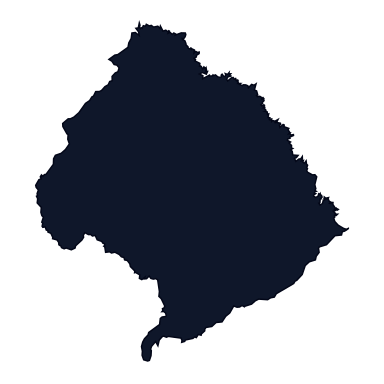 Sao Miguel Arcanjo, São Miguel, Cabo Verde
{"feature_id": "66160863B69203973191500", "entity_name": "Sao Miguel Arcanjo", "entity_type": "district", "adm_level": 2, "iso_a3": "CPV", "parent_name": "Cabo Verde", "parent_adm1": "São Miguel", "projection": "albers", "projection_center": [-23.626, 15.191], "detail": "fine", "context": "isolated", "style": "filled", "palette": "ink", "viewbox_px": 384, "rotation_deg": 0, "n_neighbors": 0, "source": "geoboundaries", "source_scale": "gbopen_adm2", "svg_char_len": 5897}
<svg xmlns="http://www.w3.org/2000/svg" viewBox="0 0 384 384"><path d="M245.0,307.1L244.3,306.4L251.6,304.1L255.3,300.8L258.7,299.1L267.6,299.7L270.6,297.8L274.3,297.1L276.3,293.7L293.7,283.5L295.0,281.2L296.8,280.3L302.2,274.5L305.2,265.6L309.3,261.8L315.4,259.9L316.2,256.3L319.1,252.4L318.5,248.2L319.3,246.9L326.5,244.7L335.0,235.7L341.5,235.0L342.3,231.7L344.4,231.2L346.3,230.1L348.3,228.6L348.3,228.4L346.4,229.3L343.6,228.4L338.2,225.2L334.8,221.5L333.7,218.2L334.7,217.2L334.5,215.6L336.1,215.5L337.5,214.2L335.2,214.2L335.4,213.4L333.2,211.1L335.1,210.6L334.2,209.8L334.7,209.1L337.4,210.1L338.3,209.4L336.1,208.3L335.8,208.9L336.0,208.0L335.2,208.0L332.8,204.3L333.0,202.5L331.0,202.3L330.9,203.3L329.5,203.3L330.4,201.9L329.2,201.2L328.4,199.6L329.0,199.4L327.8,199.2L328.5,197.6L326.6,198.0L326.5,198.8L324.3,197.0L324.2,198.5L325.5,198.6L325.6,198.9L324.2,199.1L324.7,199.8L323.3,200.3L322.4,203.6L320.1,205.1L318.8,203.2L319.9,202.8L320.2,198.9L321.2,198.8L320.8,198.3L322.1,197.1L321.5,195.3L319.7,194.9L320.5,194.8L320.2,193.7L319.9,194.3L318.8,193.7L318.0,196.2L315.9,197.4L313.7,196.3L313.6,195.0L315.6,193.7L314.3,193.3L315.0,191.6L316.2,191.3L314.9,190.4L315.8,188.7L314.8,184.6L316.7,176.8L314.9,174.7L312.5,174.9L307.4,172.1L306.7,170.3L307.5,168.6L306.7,167.6L307.6,165.2L306.5,164.1L306.1,160.9L304.3,163.3L302.8,162.2L303.4,160.4L301.4,160.9L302.4,158.8L302.3,156.6L300.7,158.9L298.9,159.0L295.9,161.4L294.4,158.4L296.4,157.6L298.1,155.4L292.8,155.0L292.2,151.3L290.6,149.8L292.7,148.5L291.5,148.1L291.5,145.4L289.1,143.0L290.5,142.0L287.4,140.4L287.8,138.9L290.0,138.3L289.7,137.1L293.5,135.5L293.4,134.6L291.3,135.0L289.6,134.0L290.0,133.3L288.9,133.7L289.8,132.5L288.0,129.7L288.8,128.4L284.0,126.7L284.2,125.0L283.1,124.5L279.9,127.4L279.4,125.1L280.6,124.5L280.4,123.2L275.9,122.3L274.6,123.1L275.8,121.7L276.8,122.0L278.0,119.5L275.0,121.2L272.5,120.5L271.6,121.4L271.6,119.9L270.3,119.8L271.1,119.0L269.3,119.1L269.8,117.7L268.0,117.5L268.7,113.9L267.4,114.3L267.2,111.9L265.0,111.4L266.0,111.1L265.8,110.0L264.4,108.6L264.7,107.6L263.6,107.7L264.5,107.0L264.2,106.7L263.8,107.3L263.5,107.2L264.5,105.3L263.8,104.8L261.7,105.9L260.8,104.7L262.6,103.3L262.4,102.2L264.0,100.7L263.7,99.2L263.0,99.2L263.8,98.6L263.0,97.6L261.5,99.0L261.5,97.4L259.8,96.3L257.2,96.7L256.5,95.6L257.7,94.9L256.6,90.9L254.4,90.0L256.0,83.9L254.1,85.2L251.6,84.4L248.4,87.7L247.9,85.8L245.8,84.9L243.2,84.8L242.3,85.7L239.4,84.3L240.5,83.5L237.6,83.4L238.2,82.2L237.4,81.4L238.1,80.8L237.7,80.0L236.2,80.4L235.5,77.9L235.3,79.3L234.2,79.2L233.2,77.5L231.5,77.8L227.7,80.9L226.6,79.1L228.1,76.8L231.6,75.9L228.8,76.1L230.7,73.8L228.8,73.8L229.0,72.7L227.5,74.4L225.3,73.6L225.8,74.9L224.9,76.6L223.7,76.3L222.1,74.2L221.2,75.1L221.3,76.9L220.2,77.4L217.8,76.9L215.5,74.9L213.7,75.5L213.0,74.9L212.5,75.8L210.0,76.2L209.5,75.1L202.7,78.7L202.9,75.7L199.4,74.0L202.4,72.5L206.3,74.2L207.5,71.5L206.1,71.7L206.8,71.0L205.9,70.1L206.4,69.6L206.2,68.5L205.7,69.9L205.4,68.4L204.8,69.2L205.0,68.2L203.9,68.7L204.9,67.8L203.9,66.9L202.7,69.2L201.2,66.4L199.8,66.1L200.6,65.3L200.1,65.6L199.6,64.7L199.9,63.4L194.8,60.8L195.5,59.6L194.1,58.2L196.3,57.0L196.5,55.3L199.1,53.6L199.2,52.1L197.4,52.4L195.7,51.4L194.0,53.0L194.4,50.0L191.2,48.5L190.6,47.4L191.1,49.4L188.2,48.3L188.0,46.8L185.4,44.2L186.0,44.4L185.9,43.4L184.8,40.7L182.5,39.6L182.2,38.5L183.6,38.8L185.1,36.8L185.8,34.6L185.3,33.0L181.2,32.9L175.5,35.0L176.0,34.2L173.8,33.0L172.2,34.4L170.0,32.3L168.3,33.1L169.3,31.1L168.8,30.7L167.5,31.6L165.8,30.2L163.0,31.1L160.4,26.1L159.9,28.4L157.8,26.2L153.6,27.1L151.3,25.4L149.3,25.9L146.3,24.3L145.5,26.2L143.3,25.7L142.2,28.3L141.2,27.7L140.4,28.7L139.4,27.4L140.0,25.2L139.3,23.0L138.3,27.9L135.9,28.3L138.6,31.9L139.2,35.5L135.3,32.5L131.9,33.0L131.2,38.5L128.8,42.9L128.0,47.3L117.8,54.6L114.8,55.1L108.9,59.4L111.9,61.2L114.1,64.5L116.9,65.1L119.1,67.8L117.9,71.8L115.3,72.9L112.1,76.4L112.2,80.7L109.7,81.5L108.2,84.8L105.0,86.6L101.5,90.5L99.5,91.5L95.7,91.6L93.5,96.1L91.9,96.9L89.6,100.6L85.5,103.4L78.9,112.7L73.9,117.1L70.4,118.8L68.2,118.8L62.7,123.5L62.9,126.6L67.0,133.9L68.1,134.5L67.8,139.3L69.4,143.9L65.5,149.5L61.2,153.3L55.4,155.3L53.6,158.7L53.4,164.3L46.0,174.4L44.4,174.6L43.0,176.2L41.6,175.1L41.5,176.2L41.0,175.7L40.3,176.8L41.2,178.8L38.9,179.7L35.7,185.3L36.2,187.4L38.4,190.0L37.1,193.6L37.5,195.6L36.5,196.2L37.7,198.7L37.2,202.9L41.3,207.4L40.9,212.3L41.9,215.7L43.4,217.1L41.8,222.2L42.8,223.2L42.1,226.2L42.8,227.3L45.2,226.9L46.3,230.1L47.8,230.4L48.0,232.1L50.9,233.3L52.8,237.4L52.6,238.7L57.0,239.9L58.7,242.4L58.9,244.8L61.1,246.2L61.5,247.6L64.1,248.8L66.2,248.0L71.3,249.8L75.0,248.1L75.6,245.8L81.8,240.1L83.6,237.3L83.3,235.4L84.8,232.6L88.5,234.6L90.7,234.5L92.4,236.0L95.2,235.4L97.2,239.8L101.7,241.4L102.9,243.2L104.6,243.8L104.7,245.5L103.8,246.2L104.8,246.9L105.6,252.3L109.6,251.8L111.5,253.0L114.9,252.2L119.3,254.5L121.4,256.8L124.0,257.5L124.6,259.9L127.3,260.5L129.8,263.8L130.4,266.6L134.8,271.0L134.6,272.7L135.5,272.4L139.8,274.9L139.4,278.4L141.8,279.6L144.9,277.2L144.3,278.9L146.6,278.7L149.1,276.0L150.9,278.4L153.3,279.1L155.9,278.6L157.7,279.9L159.4,291.5L158.9,296.4L161.2,298.6L164.8,306.1L163.9,308.1L162.5,308.6L162.8,310.6L162.0,311.6L163.6,311.5L165.5,312.9L166.3,315.5L165.7,316.5L162.1,317.0L160.3,318.5L159.6,324.5L148.7,332.5L148.1,334.9L144.5,338.7L142.7,342.1L141.5,346.6L142.4,351.2L142.1,355.3L143.7,359.8L147.7,361.0L149.4,360.4L151.0,355.7L151.3,350.6L150.6,349.3L151.5,346.4L155.6,341.5L157.9,345.7L159.2,340.1L162.4,336.5L163.6,336.1L166.4,337.2L168.5,336.4L181.0,338.1L182.0,340.4L181.7,342.3L184.7,341.4L185.3,340.0L192.9,338.4L194.7,336.9L196.3,337.6L198.3,334.5L201.1,335.2L201.4,333.9L204.7,330.9L204.8,329.0L206.1,327.4L211.8,326.5L216.1,322.5L222.0,321.9L225.7,316.3L229.8,312.9L233.7,306.0L237.0,307.2L239.6,307.0L242.0,305.5L245.0,307.1Z" fill="#0f172a" stroke="#020617" stroke-width="1.5"/></svg>